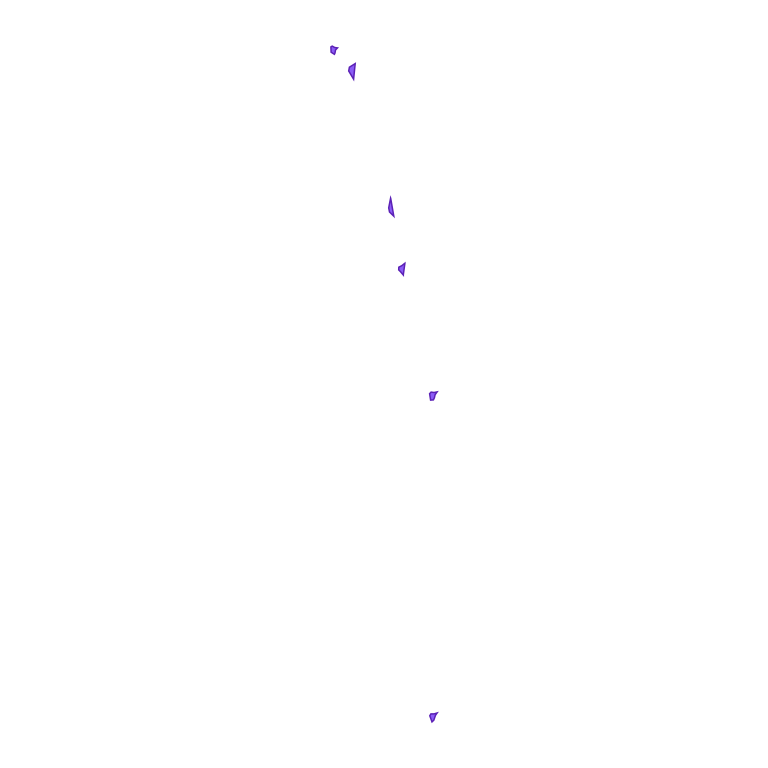 map outline of Raa (Natural Earth projection)
{"feature_id": "MDV-5226", "entity_name": "Raa", "entity_type": "Atoll", "adm_level": 1, "iso_a3": "MDV", "parent_name": "Maldives", "parent_adm1": "", "projection": "natural_earth1", "projection_center": [72.972, 5.719], "detail": "coarse", "context": "isolated", "style": "filled", "palette": "violet", "viewbox_px": 768, "rotation_deg": 0, "n_neighbors": 0, "source": "natural_earth", "source_scale": "10m", "svg_char_len": 698}
<svg xmlns="http://www.w3.org/2000/svg" viewBox="0 0 768 768"><path d="M355.2,63.6L353.6,79.2L348.7,71.0L349.4,67.2L355.2,63.6ZM390.6,198.1L390.7,198.4L393.8,216.2L389.5,212.0L388.7,207.9L390.6,198.1ZM404.9,263.2L404.9,263.3L403.3,274.8L403.3,275.0L400.4,271.6L398.7,269.9L398.8,267.2L401.9,265.6L404.9,263.2ZM437.1,391.9L435.1,394.7L434.4,397.8L433.4,399.9L430.6,400.1L429.6,393.7L431.1,392.1L434.0,392.5L437.1,391.9ZM337.5,47.9L335.5,50.0L335.0,53.0L334.4,54.3L332.8,53.3L331.1,52.2L330.9,46.9L332.2,46.1L334.7,47.5L337.5,47.9ZM437.1,713.0L435.5,715.3L433.8,720.2L432.0,721.9L429.8,715.8L429.8,715.7L430.9,713.9L434.0,713.9L437.1,713.0Z" fill="#8b5cf6" stroke="#5b21b6" stroke-width="1.5"/></svg>